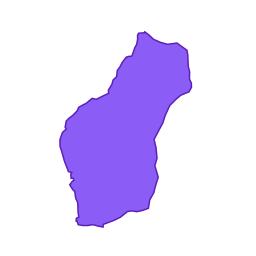 Galataria, Paphos, Cyprus (Albers equal-area conic projection), rotated 245°
{"feature_id": "46923920B41083986579295", "entity_name": "Galataria", "entity_type": "district", "adm_level": 2, "iso_a3": "CYP", "parent_name": "Cyprus", "parent_adm1": "Paphos", "projection": "albers", "projection_center": [32.643, 34.865], "detail": "fine", "context": "isolated", "style": "filled", "palette": "violet", "viewbox_px": 256, "rotation_deg": 245, "n_neighbors": 0, "source": "geoboundaries", "source_scale": "gbopen_adm2", "svg_char_len": 1343}
<svg xmlns="http://www.w3.org/2000/svg" viewBox="0 0 256 256"><g transform="rotate(245 128 128)"><path d="M192.8,156.2L192.4,155.3L191.7,153.9L189.5,149.9L187.2,147.1L184.6,142.6L179.4,139.4L177.8,134.8L174.2,131.7L170.6,126.2L167.6,125.1L167.6,117.1L167.4,111.4L170.0,108.0L168.0,100.4L168.0,97.7L167.6,92.2L165.0,89.1L162.8,83.4L161.8,78.7L160.4,75.0L155.2,71.3L153.2,71.6L151.7,66.8L148.8,63.9L146.0,61.3L140.2,58.7L136.1,58.2L128.4,57.0L125.0,56.4L120.1,56.1L113.6,55.6L111.4,58.2L110.2,56.5L106.4,55.2L105.8,57.0L103.5,56.9L103.2,55.0L101.2,51.2L95.5,51.9L92.9,52.9L86.3,50.9L81.6,50.9L72.4,47.0L68.1,45.8L68.0,43.0L65.6,41.7L65.4,42.5L61.4,42.0L58.5,46.2L56.6,50.4L55.3,55.2L51.6,59.6L48.8,63.5L51.1,65.0L50.7,69.9L50.2,76.7L50.4,83.6L52.5,92.2L51.3,96.4L48.4,100.7L47.1,106.6L46.6,112.5L53.6,117.3L58.6,124.2L62.9,127.6L70.6,134.6L82.5,136.4L88.3,141.5L98.4,145.1L106.6,146.8L111.6,153.3L117.8,161.6L123.6,167.0L130.7,175.3L133.7,183.4L135.4,189.7L135.0,198.6L138.0,202.7L141.9,204.4L146.4,204.4L152.9,207.6L158.5,208.7L168.8,213.0L171.8,213.8L173.5,214.3L184.3,208.3L187.1,199.3L191.8,193.7L197.6,188.6L203.4,186.3L208.0,183.9L207.3,183.3L209.4,177.7L208.1,175.9L204.2,174.1L200.1,171.2L198.1,168.3L194.9,165.2L191.5,161.8L192.0,160.4L192.7,158.6L192.6,156.2L192.8,156.2Z" fill="#8b5cf6" stroke="#5b21b6" stroke-width="1.5"/></g></svg>